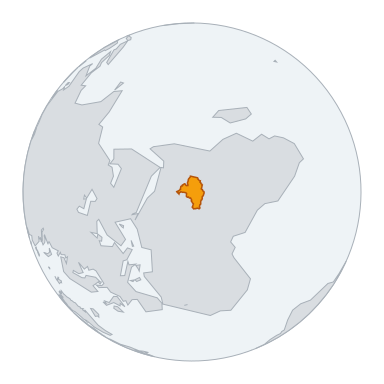 South Sudan on an orthographic globe, rotated 239°
{"feature_id": "SSD", "entity_name": "South Sudan", "entity_type": "country or territory", "adm_level": 0, "iso_a3": "SSD", "parent_name": "Africa", "parent_adm1": "", "projection": "orthographic", "projection_center": [30.346, 7.857], "detail": "fine", "context": "on_globe", "style": "filled", "palette": "amber", "viewbox_px": 384, "rotation_deg": 239, "n_neighbors": 0, "source": "natural_earth", "source_scale": "50m", "svg_char_len": 10390}
<svg xmlns="http://www.w3.org/2000/svg" viewBox="0 0 384 384"><g transform="rotate(239 192 192)"><circle cx="192" cy="192" r="169" fill="#eef3f6" stroke="#a8b0b8"/><path d="M116.6,40.8L116.2,41.0L111.5,43.6L106.1,46.6L103.9,48.0L108.7,45.6L98.4,52.2L91.2,58.8L88.6,60.8L83.9,63.2L84.7,61.6L81.8,63.9L92.7,55.3L104.3,47.6L116.6,40.8ZM80.2,65.4L82.2,63.8L75.6,69.8L74.3,71.1L74.4,71.3L76.8,69.3L74.5,71.7L70.1,75.0L72.2,72.9L73.5,71.7L73.8,71.2L73.5,71.6L80.2,65.4ZM25.1,165.8L24.1,175.6L25.3,183.1L25.5,190.8L25.1,194.9L26.2,197.1L26.2,200.0L33.1,208.2L38.9,217.4L40.2,227.6L38.3,237.9L43.6,261.4L42.1,266.8L46.4,276.1L53.3,288.5L53.1,288.3L46.2,277.4L40.1,266.1L34.9,254.3L30.7,242.2L27.3,229.8L24.9,217.1L23.5,204.3L23.0,191.5L23.6,178.6L25.1,165.8ZM144.2,30.1L145.1,29.8L147.8,29.0L144.2,30.1ZM161.6,25.8L162.1,25.7L155.5,27.0L153.2,27.7L150.7,28.3L154.2,27.3L161.6,25.8ZM161.9,25.8L163.5,25.5L162.0,25.7L161.9,25.8ZM166.6,25.0L164.5,25.3L163.8,25.4L166.6,25.0ZM169.3,24.6L170.1,24.5L164.9,25.2L165.0,25.2L169.3,24.6ZM170.4,24.7L163.9,25.6L162.5,25.7L169.0,24.7L170.4,24.7ZM325.9,88.9L324.6,87.3L321.8,83.9L323.5,86.7L319.6,81.9L322.8,86.9L326.1,90.7L326.0,89.6L330.5,96.6L335.7,103.5L340.8,112.4L347.3,128.8L347.1,134.5L348.1,137.5L345.6,134.5L346.0,140.9L353.3,157.4L354.3,162.5L353.2,173.0L352.6,169.2L346.2,161.0L347.6,173.3L352.5,182.8L354.3,194.6L351.6,191.4L349.5,181.1L347.2,177.9L346.0,167.1L340.6,152.0L337.8,155.5L336.2,149.3L328.4,137.5L323.3,142.5L316.4,160.4L318.4,176.7L314.8,184.3L303.2,162.1L297.9,147.0L293.7,148.9L281.8,137.0L261.2,137.8L258.3,134.1L254.4,136.2L246.0,132.8L241.4,126.7L236.3,127.4L248.4,143.5L253.9,142.9L258.4,136.2L260.7,142.1L268.9,147.1L260.0,162.4L229.5,177.3L226.5,165.3L203.1,133.6L203.8,130.0L203.7,129.6L203.4,128.9L201.3,134.7L197.3,128.7L209.8,150.6L211.9,160.3L229.0,178.1L227.4,180.0L233.0,183.7L250.6,178.3L250.7,182.3L242.4,201.7L217.9,228.4L221.2,245.6L219.5,260.3L204.3,270.3L205.7,281.4L197.9,285.4L197.5,291.7L191.3,298.3L180.8,304.6L163.0,304.6L161.8,299.1L152.7,288.1L140.1,261.0L144.5,248.5L142.8,238.7L130.0,216.7L132.8,204.6L129.3,199.4L122.3,200.5L118.3,194.4L114.0,194.1L87.5,197.4L79.6,189.0L70.6,164.4L75.5,155.1L76.7,144.1L110.9,109.3L117.8,111.5L144.2,107.6L147.5,108.9L144.0,117.0L163.5,127.2L170.3,120.4L188.4,125.9L200.7,125.6L205.7,110.5L185.6,110.6L182.5,103.4L198.9,97.1L216.6,98.0L215.9,95.3L205.1,89.3L209.5,84.6L201.4,87.0L204.4,89.6L199.5,91.5L196.4,89.2L198.0,87.4L192.8,86.3L186.2,95.7L188.6,99.5L174.7,101.3L177.3,107.9L173.4,111.1L167.5,101.2L168.4,97.5L157.1,87.5L155.0,91.3L165.5,101.3L162.0,100.5L159.2,106.6L158.7,101.4L147.8,90.3L135.5,92.7L119.2,107.7L112.1,108.9L106.5,105.9L113.0,90.8L128.1,89.8L130.6,85.2L128.1,78.8L132.9,79.3L133.7,76.8L139.5,76.5L148.1,70.7L154.0,70.1L157.9,63.1L161.5,62.1L158.2,66.4L159.0,69.4L173.8,69.1L176.8,67.6L178.1,63.3L182.0,64.1L181.4,60.0L190.2,58.5L179.0,57.2L180.3,52.9L185.9,49.9L184.3,48.4L175.3,53.5L173.5,55.9L175.1,58.2L168.5,65.5L163.3,66.8L162.7,58.9L155.2,60.1L158.0,54.1L180.7,42.7L189.9,41.0L204.0,46.1L201.6,48.4L195.3,47.5L200.6,51.9L200.4,49.8L203.7,50.7L205.7,47.6L208.1,48.1L206.0,44.4L209.2,44.8L210.4,47.1L216.2,43.5L222.9,43.9L223.0,42.9L221.3,41.7L231.0,43.5L230.6,42.7L227.3,41.8L224.6,39.8L223.4,37.1L226.8,37.8L227.7,38.9L234.7,42.6L236.5,45.7L237.7,45.8L237.0,43.3L228.5,38.7L226.8,37.0L231.3,38.8L229.5,38.0L229.8,37.4L233.2,37.6L228.5,35.6L226.6,29.8L233.1,30.3L237.2,32.2L239.5,30.7L246.6,32.5L243.5,31.5L242.6,30.8L240.3,30.2L238.8,29.7L237.8,29.4L249.2,33.0L260.4,37.5L271.2,42.8L281.6,48.8L291.6,55.5L301.0,62.9L309.9,71.0L318.2,79.7L325.9,88.9ZM98.8,127.0L97.8,130.2L98.8,127.0ZM235.3,107.2L245.8,107.7L241.0,98.6L244.7,98.2L241.7,95.5L240.6,98.0L233.4,90.7L237.9,88.1L236.6,84.5L233.0,84.2L225.8,90.2L236.2,100.4L233.8,104.2L235.3,107.2ZM25.8,161.7L25.7,162.1L25.8,161.7ZM75.8,69.6L76.1,69.4L75.7,70.1L74.7,70.8L75.8,69.6ZM80.7,68.2L76.8,72.1L78.9,69.6L76.8,71.0L78.7,67.9L87.4,61.7L83.1,64.9L80.7,68.2ZM83.6,62.7L81.5,64.9L83.5,62.8L83.6,62.7ZM132.6,65.1L134.4,66.5L131.9,69.2L124.4,71.3L127.9,67.2L132.6,65.1ZM137.5,68.0L138.9,60.3L143.7,59.1L140.8,61.0L143.7,61.0L139.9,64.1L142.9,71.1L140.9,74.0L128.2,75.4L133.5,73.1L131.4,71.7L137.5,68.0ZM134.4,47.2L135.1,45.1L144.4,45.1L142.7,47.1L135.1,49.0L132.7,47.7L134.4,47.2ZM129.6,35.1L129.2,35.1L130.6,34.6L132.0,34.1L129.6,35.1ZM123.6,37.5L124.0,37.4L128.4,35.6L130.7,34.7L137.9,32.0L139.5,31.4L146.5,29.3L148.4,28.8L143.4,30.2L144.4,30.0L132.5,34.5L131.5,34.7L125.7,37.7L120.8,39.6L124.7,37.4L116.6,41.4L118.2,40.3L113.0,43.1L122.3,38.1L122.8,37.9L123.6,37.5ZM149.9,28.4L149.7,28.4L146.6,29.2L149.9,28.4ZM175.3,27.8L171.7,27.6L174.7,29.1L169.8,29.6L170.4,29.7L166.7,30.7L163.4,32.4L161.2,32.5L160.8,33.1L158.4,33.9L157.1,34.9L152.8,35.6L150.9,36.9L149.9,36.5L147.9,38.8L147.5,37.5L144.2,38.8L146.3,39.3L126.0,43.0L117.8,46.4L111.1,50.1L111.3,48.0L117.7,43.5L126.8,38.6L134.7,36.0L133.4,35.8L136.7,34.6L136.4,35.3L138.9,33.6L141.6,32.9L149.8,30.1L151.8,28.7L154.8,27.9L155.4,28.0L158.0,27.1L161.1,27.0L163.3,26.5L168.6,26.2L168.3,27.3L170.9,26.7L175.0,26.7L175.3,27.8ZM171.8,24.6L172.6,25.2L170.3,25.9L162.1,26.3L159.6,26.7L154.3,27.5L157.7,26.6L158.9,26.4L160.9,26.0L159.0,26.4L162.0,25.9L163.8,25.7L166.6,25.3L166.1,25.5L171.8,24.6ZM151.4,106.0L154.0,106.3L158.0,106.0L156.3,110.0L151.4,106.0ZM143.8,98.5L146.2,97.9L145.8,103.0L143.1,102.9L143.8,98.5ZM147.8,93.6L146.3,97.5L145.6,95.3L147.8,93.6ZM160.4,65.8L162.9,65.3L163.1,66.3L161.5,67.9L160.4,65.8ZM183.2,34.2L181.5,33.5L182.3,33.2L181.7,31.2L185.3,31.0L187.0,32.1L183.2,34.2ZM202.1,113.1L198.4,116.0L196.6,114.6L198.3,113.9L202.1,113.1ZM176.1,112.9L181.9,114.9L175.6,114.1L176.1,112.9ZM187.0,33.6L186.3,32.8L188.5,33.2L187.0,33.6ZM187.8,30.8L190.5,31.1L185.6,30.8L187.8,30.8ZM261.7,329.5L262.1,331.1L259.8,331.5L261.7,329.5ZM248.1,256.9L236.2,282.6L228.3,283.0L227.0,275.7L231.5,260.3L240.8,255.5L245.4,248.3L248.1,256.9ZM358.9,217.9L359.0,217.8L358.5,219.7L358.9,217.9ZM358.6,218.2L355.7,219.4L354.1,217.9L354.9,214.9L357.5,214.7L358.6,218.2ZM354.7,214.8L351.6,207.7L344.4,185.8L347.0,185.6L354.0,198.3L353.6,200.8L355.5,206.6L354.7,214.8ZM360.5,197.9L360.1,205.4L358.9,205.5L358.1,204.6L357.6,195.3L357.9,190.4L358.7,190.3L359.5,173.1L360.2,176.7L360.5,183.8L360.9,189.9L360.5,197.9ZM319.2,178.1L323.0,187.5L320.7,189.4L319.2,178.1ZM358.1,161.6L358.9,168.9L357.6,159.3L358.1,161.6ZM356.3,152.8L357.1,156.3L356.3,153.0L356.3,152.8ZM349.6,142.2L348.9,143.3L348.1,140.9L348.5,138.1L349.6,142.2ZM344.7,120.1L347.8,126.9L348.7,129.2L346.9,125.2L344.7,120.1ZM216.7,33.8L213.5,36.4L213.7,38.8L217.5,40.8L210.8,39.5L210.6,35.6L216.7,33.8ZM225.0,30.1L221.7,28.8L223.9,29.0L225.0,29.3L225.0,30.1ZM222.4,29.6L216.8,28.9L215.4,28.0L220.1,28.7L222.4,29.6ZM201.9,30.3L200.7,31.0L198.9,30.5L201.9,30.3ZM335.6,281.1L342.6,268.2L342.6,268.4L347.1,258.4L349.4,253.5L343.1,267.6L335.6,281.1ZM360.2,208.1L360.7,200.8L361.0,191.8L360.9,189.5L361.0,191.2L361.0,191.4L361.0,192.3L360.2,208.1ZM357.6,158.5L357.3,156.9L357.6,158.5ZM356.4,152.9L356.0,151.8L352.2,138.7L352.2,138.2L355.1,147.9L355.6,149.9L356.4,152.9ZM237.6,29.4L235.6,28.8L236.8,29.1L237.6,29.4ZM230.9,27.6L229.5,27.3L230.9,27.6ZM231.2,28.0L230.3,27.5L233.2,28.5L231.2,28.0Z" fill="#d9dde1" stroke="#a8b0b8" stroke-width="1"/><path d="M202.7,202.7L202.0,203.4L201.5,203.9L201.4,204.0L201.2,204.1L200.8,204.1L200.3,204.0L199.8,203.7L199.3,203.9L199.0,204.0L198.9,204.0L198.4,204.1L197.9,204.2L197.6,204.4L197.4,204.5L197.3,204.8L197.2,204.7L196.7,204.5L196.5,204.2L196.4,204.0L196.3,203.9L195.8,204.2L195.5,204.3L195.3,204.3L195.0,204.1L194.6,204.0L194.4,204.0L194.1,204.2L193.7,204.4L193.5,204.7L193.4,204.9L193.4,204.7L193.2,204.5L193.0,204.4L192.9,204.4L192.7,204.5L192.6,204.4L192.6,204.2L192.5,203.8L192.2,203.7L191.6,203.4L191.0,202.8L190.8,202.6L190.6,202.4L190.3,201.9L190.0,201.6L189.7,201.5L189.4,201.6L189.2,201.9L188.7,202.2L188.2,202.0L187.9,201.9L187.2,201.9L187.0,202.0L186.6,202.3L186.4,202.4L186.2,202.4L185.8,202.3L185.7,202.3L185.3,202.1L185.2,201.9L184.9,201.7L184.6,201.6L184.5,201.4L184.4,201.3L184.3,201.0L184.1,200.8L183.6,200.5L183.5,200.3L183.4,200.1L183.2,199.8L182.9,199.5L182.9,199.1L182.9,198.7L182.7,198.4L182.4,198.1L182.0,197.9L181.6,197.6L181.4,197.4L181.0,197.4L180.8,197.2L180.6,196.9L180.5,196.6L180.3,196.4L180.2,196.3L180.2,196.1L180.3,195.5L180.1,195.4L179.8,195.1L179.5,194.8L179.4,194.6L179.0,194.3L178.0,193.8L177.5,193.5L177.2,193.2L176.9,192.9L177.1,192.5L177.1,192.3L177.0,192.1L176.4,191.6L176.0,191.1L175.7,190.9L174.8,190.8L174.6,190.7L174.4,190.6L174.1,190.4L174.0,190.1L174.2,189.7L174.0,189.4L174.2,189.2L174.4,189.1L175.1,188.8L175.1,188.5L175.2,188.4L175.4,188.0L175.5,187.8L175.5,187.5L175.5,187.4L175.8,187.1L175.9,186.7L175.9,186.2L176.0,186.0L176.4,185.6L176.5,185.4L176.5,185.2L176.6,184.9L176.7,184.7L176.8,184.7L177.1,184.6L177.3,184.7L178.8,184.4L179.0,184.4L179.1,184.6L179.1,184.9L179.1,185.0L179.4,185.3L179.6,185.5L179.9,185.7L181.0,187.0L181.3,187.2L181.6,187.1L182.2,186.8L182.5,186.8L184.6,186.9L184.8,186.8L185.2,187.5L185.3,187.6L187.6,187.7L187.6,187.3L187.9,187.0L188.0,186.9L188.4,186.6L188.8,186.5L189.5,186.4L189.7,186.1L189.8,185.9L189.8,185.5L189.9,185.4L190.1,185.3L190.9,184.9L191.0,184.9L192.4,185.7L193.1,186.4L193.2,186.5L193.3,186.5L193.3,186.4L193.7,186.4L194.3,186.4L194.6,186.3L195.8,185.0L196.1,184.6L196.4,184.3L196.6,183.8L196.6,183.7L198.0,182.6L198.0,182.4L197.8,182.0L197.8,181.8L197.8,181.5L197.8,181.0L197.8,180.7L197.7,180.6L197.0,179.8L198.9,179.7L198.8,179.4L198.8,179.2L200.2,179.1L200.2,179.4L200.0,179.9L200.1,180.3L200.0,180.7L200.0,180.8L199.9,180.8L199.9,181.0L200.2,183.1L200.1,183.4L200.1,183.5L200.7,183.7L200.8,183.7L201.0,184.0L202.3,185.1L202.5,185.4L202.5,185.5L202.5,185.8L202.5,186.0L202.3,186.5L202.2,187.0L202.3,187.2L202.8,187.2L202.8,187.3L202.9,187.9L202.9,188.5L202.9,189.3L202.9,189.5L202.9,189.8L202.7,190.1L202.0,190.3L201.6,190.3L201.3,190.2L200.9,190.2L200.6,190.3L200.4,190.4L200.2,190.8L199.9,191.4L199.8,191.7L199.7,191.8L199.8,191.9L200.0,192.1L200.4,192.3L200.9,192.4L201.3,192.4L201.5,192.5L202.4,193.0L202.6,193.2L202.7,193.4L202.8,193.6L202.9,193.8L203.3,194.2L203.5,194.5L204.1,194.8L204.3,195.1L204.6,195.3L204.8,195.5L205.2,196.5L205.3,196.9L205.5,197.3L205.6,197.8L205.7,198.1L205.9,198.4L206.1,198.6L206.4,198.8L205.9,199.4L205.3,200.0L204.6,200.7L203.8,201.5L203.3,202.1L202.7,202.7Z" fill="#f59e0b" stroke="#b45309" stroke-width="1.5"/></g></svg>